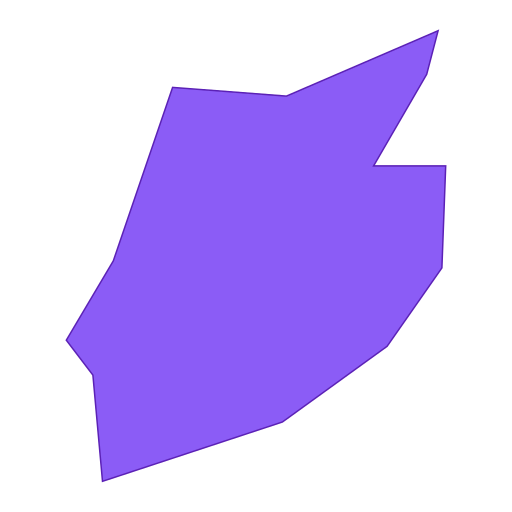 SVG path tracing the border of Sandy Hill
{"feature_id": "AIA-5121", "entity_name": "Sandy Hill", "entity_type": "District", "adm_level": 1, "iso_a3": "AIA", "parent_name": "Anguilla", "parent_adm1": "", "projection": "robinson", "projection_center": [-63.011, 18.236], "detail": "fine", "context": "isolated", "style": "filled", "palette": "violet", "viewbox_px": 512, "rotation_deg": 0, "n_neighbors": 0, "source": "natural_earth", "source_scale": "10m", "svg_char_len": 294}
<svg xmlns="http://www.w3.org/2000/svg" viewBox="0 0 512 512"><path d="M441.9,267.9L387.1,346.3L282.4,422.0L102.5,481.3L92.9,375.1L66.3,340.2L113.3,260.9L172.6,87.4L286.4,96.1L438.1,30.7L426.7,74.3L373.6,165.9L445.7,165.9L441.9,267.9Z" fill="#8b5cf6" stroke="#5b21b6" stroke-width="1.5"/></svg>